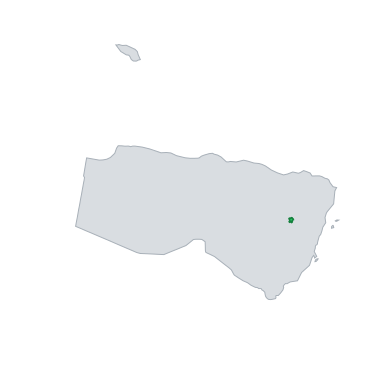 location of Dhamar City, Dhamar, Yemen, rotated 212°
{"feature_id": "15242507B10067021496798", "entity_name": "Dhamar City", "entity_type": "district", "adm_level": 2, "iso_a3": "YEM", "parent_name": "Yemen", "parent_adm1": "Dhamar", "projection": "robinson", "projection_center": [44.393, 14.606], "detail": "fine", "context": "in_parent", "style": "filled", "palette": "green", "viewbox_px": 384, "rotation_deg": 212, "n_neighbors": 0, "source": "geoboundaries", "source_scale": "gbopen_adm2", "svg_char_len": 3650}
<svg xmlns="http://www.w3.org/2000/svg" viewBox="0 0 384 384"><g transform="rotate(212 192 192)"><path d="M299.4,165.1L287.5,169.9L284.4,172.1L281.6,174.7L279.5,178.0L278.0,183.9L279.2,189.2L279.1,192.1L276.1,193.9L273.2,195.3L270.0,197.4L268.1,197.9L266.5,199.6L264.7,200.7L258.0,203.7L250.7,206.1L239.1,208.8L234.7,211.9L230.6,213.9L224.4,214.6L215.9,217.4L211.2,219.7L205.3,223.5L204.0,224.7L203.0,227.4L201.2,229.8L197.7,233.7L195.1,235.7L193.3,235.8L189.8,236.9L185.8,237.1L178.9,235.8L177.2,236.7L175.7,238.2L170.4,240.9L165.1,246.3L161.2,247.7L154.8,249.4L150.4,251.6L147.4,252.5L143.5,253.0L136.4,252.7L129.7,253.5L123.4,255.0L120.5,257.9L117.1,262.4L111.7,264.3L110.4,265.9L108.7,269.3L105.1,270.1L101.9,270.7L98.7,269.2L92.5,273.2L90.1,273.9L86.6,274.1L84.1,274.9L82.3,274.7L80.0,273.1L75.2,271.2L71.7,272.4L71.4,268.6L65.6,257.0L66.9,246.9L66.9,245.4L65.7,240.9L62.3,236.8L62.4,231.5L61.2,227.8L60.3,223.9L60.6,222.9L60.7,222.0L58.9,216.0L58.3,214.8L58.1,213.6L58.7,212.6L58.7,211.5L57.7,209.7L56.8,206.3L52.1,203.5L53.0,201.0L53.9,201.9L55.2,202.7L55.4,201.0L55.4,199.8L53.5,192.1L56.4,181.8L55.5,172.6L59.9,168.8L61.1,167.7L61.7,166.7L62.8,164.6L64.2,163.9L64.7,161.7L64.7,160.6L63.7,159.7L63.0,157.1L63.3,153.8L63.5,152.4L64.0,149.9L65.5,149.0L65.9,148.3L64.7,146.7L64.8,145.7L67.5,143.1L68.5,142.3L70.2,141.5L71.5,141.5L73.1,141.9L74.5,142.7L75.8,144.0L77.2,145.6L79.4,146.1L80.8,146.0L82.0,146.7L83.0,146.3L84.2,145.5L86.0,145.6L87.7,144.7L92.4,144.2L96.9,144.5L101.7,143.8L106.4,143.8L111.2,143.9L112.2,144.0L113.3,144.5L117.3,146.8L120.4,147.3L126.5,147.9L133.1,148.6L138.7,149.2L143.5,148.7L147.5,148.2L148.6,148.3L149.8,149.7L152.2,153.4L154.5,156.8L158.5,157.0L161.0,155.7L163.8,153.9L165.6,152.5L167.5,146.9L168.8,143.3L171.7,139.3L174.1,135.9L177.4,131.4L179.2,128.9L182.7,124.0L186.1,122.1L192.6,118.5L199.0,114.9L203.2,112.5L206.8,111.4L212.7,110.5L219.7,109.4L226.8,108.3L234.2,107.2L242.6,105.9L248.3,105.0L255.5,103.9L261.6,102.9L267.0,102.1L272.5,101.2L273.6,103.9L274.7,106.7L275.7,109.4L276.8,112.1L277.9,114.8L279.0,117.5L280.0,120.2L281.1,123.0L282.2,125.7L283.3,128.4L284.3,131.1L285.4,133.8L286.5,136.5L287.6,139.3L288.7,142.0L289.7,144.7L290.8,147.3L292.5,148.2L293.5,150.7L295.0,154.3L296.5,157.9L298.0,161.5L299.4,165.1ZM316.7,274.1L318.1,274.5L320.4,273.5L326.8,273.4L334.5,276.4L333.1,277.2L332.2,278.3L328.8,279.3L325.5,281.6L315.7,282.8L312.8,282.1L310.4,279.9L306.0,276.9L307.7,275.1L308.1,274.2L308.7,273.4L311.2,272.0L313.7,272.2L316.7,274.1ZM55.1,237.8L54.8,238.4L54.3,238.3L52.9,236.9L54.5,235.2L55.3,236.7L55.1,237.8ZM50.5,201.6L49.7,202.2L49.5,201.2L50.0,198.8L50.8,198.1L51.3,199.9L50.9,200.8L50.5,201.6ZM54.3,245.1L52.7,245.9L53.8,243.8L54.9,243.3L55.2,243.4L54.3,245.1Z" fill="#d9dde1" stroke="#a8b0b8" stroke-width="1"/><path d="M93.3,218.0L93.2,218.0L93.1,218.3L92.9,218.4L92.9,218.5L92.6,218.7L92.5,219.0L92.6,219.5L92.3,219.6L92.1,219.7L91.9,219.7L91.8,219.3L91.8,219.1L91.7,218.9L91.4,218.8L91.1,219.2L91.1,219.3L91.1,219.6L91.3,219.8L91.4,220.0L91.4,220.5L91.6,220.7L91.6,220.8L91.7,221.0L91.7,221.4L91.6,221.6L91.6,221.8L91.5,222.2L91.4,222.3L91.7,222.5L91.8,222.6L92.0,222.7L92.2,222.9L92.3,222.9L92.6,222.8L92.8,222.8L93.1,222.8L93.2,223.0L93.3,223.0L93.5,223.2L93.8,223.1L93.9,222.9L94.0,222.8L94.1,222.7L94.3,222.7L94.4,222.4L94.4,222.2L94.5,222.1L94.5,221.9L94.7,221.7L95.2,221.6L95.4,221.6L95.6,221.3L95.6,221.1L95.7,220.9L95.6,220.7L95.3,220.5L95.0,220.4L94.8,220.4L94.7,220.3L94.5,220.2L94.4,220.1L94.3,219.9L94.2,219.7L94.0,219.4L93.7,219.1L93.8,219.1L93.7,218.8L93.8,218.5L93.9,218.4L93.7,218.2L93.3,218.0L93.3,218.0Z" fill="#22c55e" stroke="#15803d" stroke-width="1.5"/></g></svg>